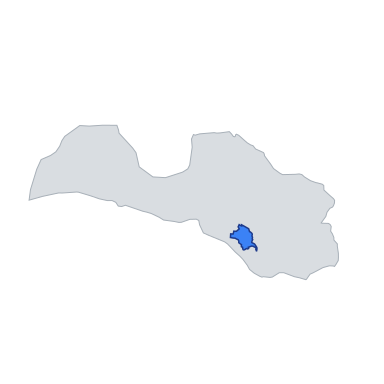 where Jekabpils sits in Latvia, rotated 13°
{"feature_id": "LVA-5725", "entity_name": "Jekabpils", "entity_type": "Municipality", "adm_level": 1, "iso_a3": "LVA", "parent_name": "Latvia", "parent_adm1": "", "projection": "robinson", "projection_center": [26.096, 56.281], "detail": "fine", "context": "in_parent", "style": "filled", "palette": "blue", "viewbox_px": 384, "rotation_deg": 13, "n_neighbors": 0, "source": "natural_earth", "source_scale": "10m", "svg_char_len": 2938}
<svg xmlns="http://www.w3.org/2000/svg" viewBox="0 0 384 384"><g transform="rotate(13 192 192)"><path d="M279.3,259.2L277.1,258.9L270.8,257.1L265.5,254.5L262.4,251.0L256.9,246.3L253.3,243.9L247.7,240.8L238.3,234.6L234.9,233.2L218.3,230.5L212.3,229.3L206.8,222.3L205.0,218.2L202.3,217.5L199.3,218.3L196.1,219.1L188.5,223.9L186.1,224.6L181.4,224.7L170.6,225.7L165.7,224.0L157.1,222.1L152.4,221.8L148.3,221.8L130.1,219.9L126.7,222.0L123.3,222.3L120.1,219.2L116.0,218.3L111.5,219.4L103.3,219.5L93.7,218.5L81.3,217.7L79.5,218.0L65.7,222.2L62.3,222.9L47.1,230.0L35.1,236.6L34.1,226.0L35.6,204.8L37.7,194.3L46.0,188.2L50.3,183.5L52.8,177.1L53.7,171.2L55.5,166.4L67.7,152.5L77.0,150.9L89.7,147.1L103.8,143.9L106.4,148.0L107.7,151.1L124.3,162.5L128.6,166.3L134.9,179.4L150.5,186.1L162.9,184.0L168.3,180.8L178.3,174.8L182.7,170.4L183.7,166.2L182.1,148.3L179.6,140.5L180.5,135.7L182.3,135.9L186.5,133.6L200.2,129.2L203.0,129.0L206.1,128.1L214.8,124.8L217.5,126.6L219.8,128.6L221.1,128.6L221.7,127.9L221.6,126.6L222.2,125.7L224.7,126.2L234.6,131.6L238.5,132.9L241.1,133.2L244.3,135.8L252.8,137.5L253.9,138.8L254.5,140.4L262.5,147.3L266.1,150.8L273.3,153.9L276.3,154.7L288.8,151.5L292.3,150.3L295.1,150.3L298.1,152.0L304.8,154.3L310.8,155.0L311.9,154.9L317.1,155.1L318.9,156.0L320.1,160.4L326.0,163.8L331.4,166.7L332.8,168.0L333.3,170.6L332.9,173.6L332.3,175.1L330.0,176.9L328.1,181.4L327.9,185.7L324.8,193.1L325.5,193.2L332.1,191.9L334.0,192.7L335.4,194.3L335.9,199.0L338.1,201.1L340.4,204.3L341.1,206.9L345.3,209.9L345.7,211.9L348.4,218.8L349.4,222.8L349.9,225.9L348.7,229.8L347.6,232.5L346.3,232.3L342.5,233.0L336.6,236.2L327.8,243.8L325.5,245.5L323.2,251.2L322.7,251.8L317.5,251.5L316.1,251.4L310.9,251.5L299.6,250.0L295.2,251.0L289.4,256.8L287.2,257.7L280.5,258.5L279.3,259.2Z" fill="#d9dde1" stroke="#a8b0b8" stroke-width="1"/><path d="M257.0,217.7L257.9,217.8L259.5,218.7L260.0,219.2L260.2,219.6L260.3,220.1L260.3,221.3L260.5,221.6L261.1,222.5L261.2,222.8L261.2,223.9L261.2,224.2L261.4,224.3L261.6,224.5L261.8,224.6L261.8,225.0L261.7,225.4L261.6,225.8L261.5,226.1L261.5,227.4L261.6,227.8L262.3,228.0L262.8,228.1L263.7,228.3L264.1,228.4L264.8,228.7L266.4,230.2L267.6,231.4L267.9,232.1L268.1,233.0L268.2,234.5L268.3,235.3L267.1,233.6L267.0,233.2L267.2,232.9L267.2,232.6L267.1,232.3L266.9,232.1L266.6,231.9L265.6,231.6L264.5,231.4L263.8,231.1L262.8,231.2L262.2,231.3L259.3,233.2L259.8,233.7L259.9,233.9L259.8,234.4L258.8,235.0L258.4,234.9L257.9,234.8L257.4,235.1L257.2,235.5L256.6,236.1L255.7,236.7L255.2,236.8L254.8,236.7L254.3,236.1L253.7,234.4L252.5,234.3L252.1,233.3L252.1,232.2L250.8,231.7L249.0,230.9L248.6,229.2L247.7,228.1L246.0,227.8L244.4,227.3L242.4,227.6L239.7,227.7L239.1,224.1L241.5,223.7L241.6,222.1L241.5,220.8L244.1,220.3L246.3,217.3L244.8,215.6L245.3,213.2L246.4,213.7L248.0,213.9L247.7,212.8L249.9,213.4L255.0,214.9L255.6,215.2L256.0,216.0L256.7,217.1L257.0,217.7Z" fill="#3b82f6" stroke="#1e3a8a" stroke-width="1.5"/></g></svg>